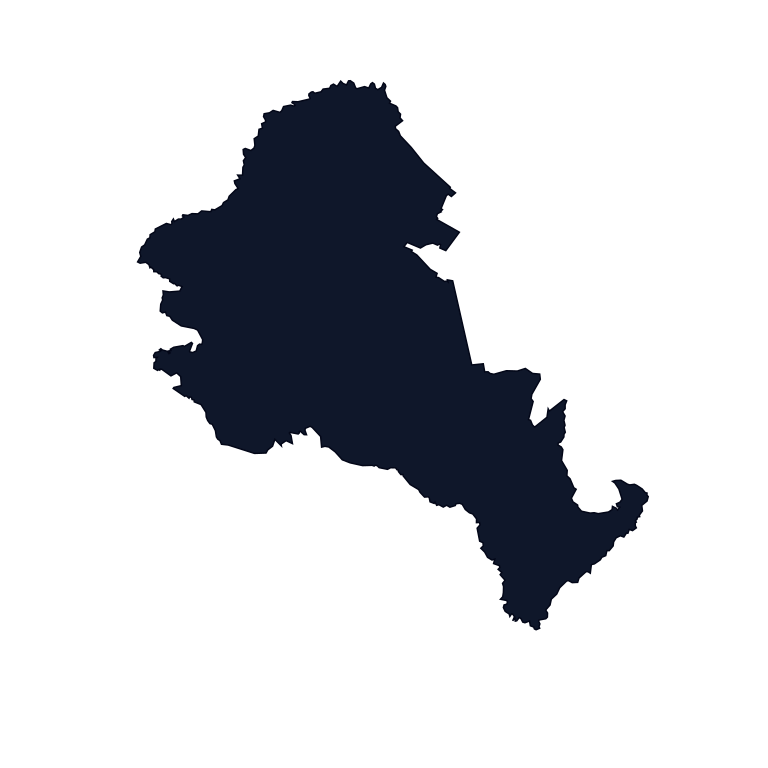 Tepexi de Rodríguez, Puebla, Mexico (Natural Earth projection), rotated 324°
{"feature_id": "50627088B28882077740120", "entity_name": "Tepexi de Rodríguez", "entity_type": "district", "adm_level": 2, "iso_a3": "MEX", "parent_name": "Mexico", "parent_adm1": "Puebla", "projection": "natural_earth1", "projection_center": [-97.929, 18.474], "detail": "fine", "context": "isolated", "style": "filled", "palette": "ink", "viewbox_px": 768, "rotation_deg": 324, "n_neighbors": 0, "source": "geoboundaries", "source_scale": "gbopen_adm2", "svg_char_len": 6167}
<svg xmlns="http://www.w3.org/2000/svg" viewBox="0 0 768 768"><g transform="rotate(324 384 384)"><path d="M515.8,467.5L510.4,462.8L507.5,454.5L499.5,451.9L490.8,445.2L478.6,440.7L475.9,437.7L475.4,435.3L472.6,433.4L476.2,426.0L466.2,420.2L500.2,340.9L496.5,337.0L495.8,338.8L495.6,337.8L493.2,336.6L490.7,330.0L488.8,328.1L492.0,325.7L488.8,318.4L486.4,298.9L484.0,292.9L485.5,292.3L480.8,284.6L486.0,283.1L493.4,295.4L499.8,296.0L506.3,298.7L508.9,303.1L511.1,303.4L511.7,304.5L509.1,306.8L512.4,312.4L534.2,305.5L523.3,281.7L524.8,281.5L524.8,279.4L527.3,277.6L531.3,278.3L531.1,277.6L533.8,277.3L533.3,275.6L545.1,268.3L547.5,268.1L548.7,271.9L554.2,271.4L552.1,264.4L553.3,263.8L546.0,228.5L545.1,208.6L543.1,192.8L544.3,188.2L543.4,184.2L544.6,182.1L553.8,181.9L553.4,178.1L556.0,175.4L555.5,172.0L557.4,168.4L557.1,166.1L553.5,160.0L555.5,159.0L554.6,154.1L557.1,146.6L560.4,144.3L561.0,142.3L560.5,140.2L556.4,142.6L552.0,142.2L550.9,139.8L552.5,135.7L551.8,133.4L549.7,133.4L545.6,135.6L543.1,132.0L535.6,129.2L535.1,127.7L536.4,122.8L535.0,118.8L533.5,117.9L529.5,120.0L527.5,116.8L527.0,113.5L521.0,115.7L519.4,111.7L516.5,111.3L513.8,112.8L508.1,109.6L504.8,110.6L498.9,108.1L498.3,105.8L496.8,105.1L493.8,105.2L492.7,106.5L492.2,109.5L491.3,109.7L480.3,105.1L476.0,101.7L474.9,102.3L476.0,105.2L475.7,106.4L474.4,106.1L472.4,103.5L465.8,100.5L461.9,102.8L459.5,103.1L455.1,97.5L450.8,97.3L445.9,94.9L443.7,96.9L443.3,100.7L442.2,102.4L438.0,101.5L436.0,105.6L432.6,104.5L428.0,109.5L423.2,109.2L419.8,115.1L417.5,116.7L413.6,116.9L410.2,111.9L407.9,111.5L405.4,115.6L405.2,119.5L401.5,120.7L399.7,124.7L397.3,125.7L392.3,131.9L388.4,129.0L388.1,133.3L382.3,131.7L381.2,134.2L380.9,140.2L378.4,139.7L369.1,141.1L366.0,143.3L360.8,142.9L357.9,144.5L349.5,143.7L347.3,141.5L345.4,142.7L344.3,142.1L338.2,136.8L333.5,137.0L328.8,133.3L324.5,132.4L320.8,128.9L319.7,129.5L320.2,131.3L316.9,131.4L314.6,129.7L309.9,129.4L310.6,126.7L307.7,127.8L306.8,129.7L305.2,129.8L302.3,126.2L290.1,124.2L288.1,126.2L282.6,125.7L280.5,128.1L277.7,127.7L272.1,130.8L268.4,130.7L263.7,134.0L262.3,137.8L256.4,140.4L257.7,142.9L262.8,145.5L264.0,149.2L263.0,152.4L264.1,152.3L264.9,156.1L263.8,157.8L266.1,159.6L266.7,162.5L267.9,163.4L268.1,165.1L267.1,165.7L267.8,168.3L269.8,169.5L272.4,173.0L271.0,175.0L272.7,179.2L273.6,179.4L274.3,183.0L275.9,183.4L277.9,186.5L273.4,188.8L264.4,183.3L259.9,178.8L257.8,182.3L255.2,183.9L254.3,186.0L250.3,188.2L245.8,193.5L246.5,196.2L249.5,197.4L248.5,201.0L250.5,203.3L250.3,208.0L254.1,217.8L263.0,227.4L264.9,230.8L263.4,241.5L261.5,243.6L259.8,244.9L258.2,243.3L255.7,243.4L251.5,246.9L247.7,246.1L245.8,243.9L246.0,243.1L252.9,238.6L252.6,237.1L244.6,236.3L243.9,234.8L235.5,230.7L231.6,230.3L231.3,231.7L229.2,230.7L229.3,233.1L227.8,233.0L227.9,230.2L224.7,226.2L224.2,224.3L222.4,224.4L223.1,225.9L222.1,226.1L217.4,224.1L214.4,225.4L213.4,227.4L216.1,229.1L214.5,229.4L212.7,231.7L210.5,231.7L207.0,236.0L208.8,239.9L210.2,239.9L210.7,241.0L211.6,240.3L212.9,241.5L216.4,252.2L222.8,253.1L223.9,258.5L219.1,266.2L212.0,263.3L210.8,263.7L215.5,276.9L217.1,277.1L217.9,280.9L219.3,280.2L220.4,281.7L219.6,283.7L221.0,285.2L220.0,286.9L223.9,293.1L223.3,302.3L220.8,306.2L219.9,309.9L219.9,313.7L221.4,315.6L220.2,322.6L217.3,328.3L217.1,330.8L218.0,333.5L217.1,337.2L222.1,341.8L238.4,364.0L248.0,370.5L251.2,369.0L257.3,368.8L263.2,364.6L264.6,373.7L265.4,372.1L271.5,372.3L274.9,378.4L278.5,371.0L278.6,368.0L279.4,367.8L285.2,374.0L286.7,373.8L287.6,372.6L288.5,373.1L289.6,378.0L291.5,379.5L292.8,375.1L294.2,373.6L299.4,374.8L300.4,376.9L301.9,389.2L296.4,398.4L299.6,399.7L302.3,402.5L304.6,410.2L305.7,420.8L310.3,427.9L318.7,437.4L326.6,442.8L327.8,444.6L329.1,444.5L330.5,446.1L330.9,448.8L336.7,455.1L340.1,455.6L344.1,458.6L344.1,461.0L345.0,462.2L344.2,463.3L344.4,467.2L346.2,468.4L345.5,469.6L346.1,480.7L350.0,489.8L349.5,492.7L350.3,499.3L353.5,501.3L353.8,502.5L352.0,506.4L354.4,510.1L355.9,509.4L355.3,513.1L357.5,513.9L359.6,518.4L363.4,518.9L364.9,522.4L370.2,524.2L371.9,523.2L375.1,525.0L376.6,527.3L376.0,533.3L377.4,538.4L379.4,541.3L379.6,547.5L377.3,550.5L379.9,552.2L378.9,554.4L374.6,555.4L369.0,567.4L370.8,570.5L369.2,573.3L365.8,573.8L366.7,579.2L365.9,585.1L367.9,589.9L370.7,590.8L367.1,593.7L370.6,598.8L369.8,600.6L367.4,601.0L368.5,605.7L365.9,606.5L366.6,613.9L362.7,615.0L361.7,618.1L358.0,622.9L355.0,625.9L351.7,626.6L356.0,631.3L355.8,632.9L353.9,634.3L351.3,633.3L349.2,635.0L348.4,639.2L350.1,643.6L349.2,646.0L352.1,644.9L352.9,646.1L352.7,649.0L348.9,651.2L352.3,650.4L350.8,653.0L352.2,653.6L356.2,652.4L356.9,654.3L356.3,658.2L357.7,660.0L362.4,661.3L360.3,665.6L362.3,668.7L361.7,670.5L362.6,672.2L366.4,673.1L366.8,671.4L369.1,669.7L369.7,666.7L370.8,666.1L376.9,669.0L379.2,668.6L381.7,665.4L381.9,662.3L382.7,661.7L388.4,660.4L392.9,656.4L400.2,655.5L406.4,652.1L416.1,650.7L417.8,651.7L419.5,655.3L424.1,658.3L427.7,655.6L437.2,654.6L438.8,655.9L439.7,658.3L445.6,652.0L448.5,653.2L455.6,653.4L458.4,652.2L462.5,653.2L466.4,649.8L468.2,651.2L474.2,649.7L477.0,646.7L481.4,644.9L486.0,645.7L488.1,648.8L492.5,647.1L493.6,648.1L496.9,645.8L498.9,648.7L503.6,648.7L503.9,646.6L505.5,644.1L506.9,644.1L507.1,642.4L509.4,642.0L510.6,640.6L512.9,641.6L513.4,640.2L518.5,638.6L521.2,633.7L528.0,633.3L531.6,630.4L531.4,628.5L532.7,626.8L531.5,625.5L531.2,620.7L528.8,614.4L527.6,612.3L523.5,610.1L522.1,608.2L519.1,601.1L514.7,598.2L511.7,597.1L512.6,599.8L512.3,607.0L508.9,617.2L505.3,618.3L501.6,617.5L500.7,620.4L502.3,622.3L498.8,623.2L498.7,620.8L496.9,617.3L494.7,619.7L490.4,619.5L481.1,614.8L478.4,611.7L474.9,609.6L469.0,603.0L468.5,597.5L469.5,595.7L467.6,590.4L468.5,586.5L477.6,582.1L476.6,579.5L478.8,570.1L478.0,565.7L481.5,561.5L482.6,550.3L490.1,542.3L490.4,539.1L488.9,535.6L490.3,534.1L492.8,534.8L498.4,532.6L500.0,530.5L502.3,529.6L504.2,525.0L506.2,523.8L508.2,519.1L511.7,516.3L512.2,511.4L516.0,510.5L518.3,507.3L521.9,505.0L520.5,502.4L501.9,503.1L502.2,500.6L496.3,506.7L481.3,507.4L480.5,507.2L480.0,504.4L481.2,499.5L480.0,497.7L494.4,485.8L494.4,482.3L497.6,479.2L513.2,472.1L515.8,467.5Z" fill="#0f172a" stroke="#020617" stroke-width="1.5"/></g></svg>